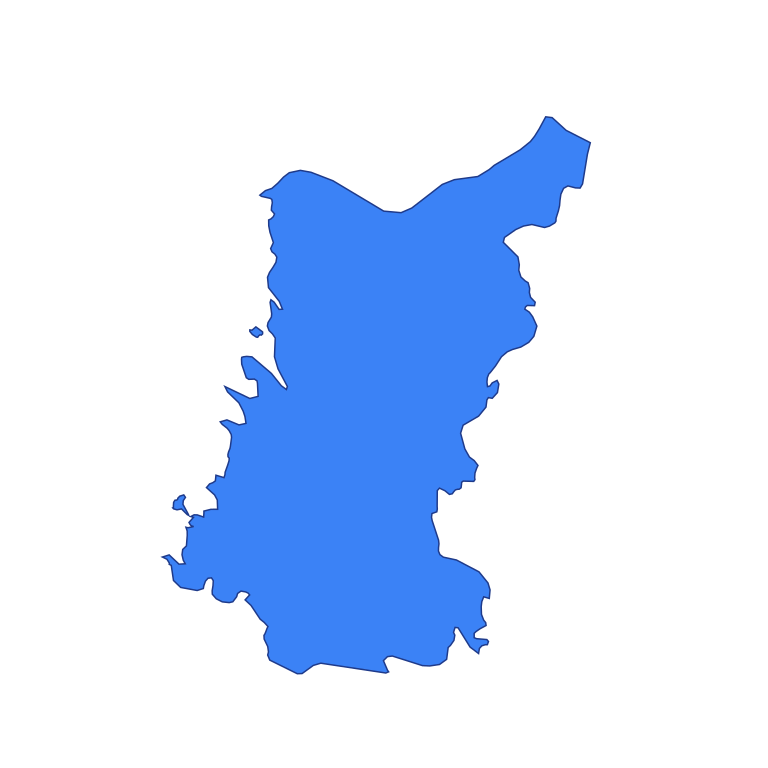 the Region of Satakunta, rotated 16°
{"feature_id": "FIN-3192", "entity_name": "Satakunta", "entity_type": "Region", "adm_level": 1, "iso_a3": "FIN", "parent_name": "Finland", "parent_adm1": "", "projection": "albers", "projection_center": [22.046, 61.595], "detail": "fine", "context": "isolated", "style": "filled", "palette": "blue", "viewbox_px": 768, "rotation_deg": 16, "n_neighbors": 0, "source": "natural_earth", "source_scale": "10m", "svg_char_len": 4451}
<svg xmlns="http://www.w3.org/2000/svg" viewBox="0 0 768 768"><g transform="rotate(16 384 384)"><path d="M227.2,616.5L227.1,615.4L223.7,612.3L218.7,611.4L224.6,607.5L236.6,613.7L242.5,611.6L239.6,608.7L236.9,603.8L236.1,598.5L238.7,594.1L236.6,583.8L235.3,579.5L233.1,576.3L235.2,576.2L240.3,573.5L238.8,573.5L237.4,573.2L236.0,572.2L234.7,570.8L237.6,564.7L234.8,564.7L237.5,562.1L240.6,561.3L247.3,561.6L246.4,557.4L245.9,555.8L252.1,552.2L258.6,550.3L255.7,541.4L251.7,537.3L241.9,532.5L243.9,528.1L246.7,526.0L248.6,523.6L247.6,518.0L256.0,518.1L256.1,514.9L255.6,512.6L256.1,504.9L256.2,500.6L255.7,498.0L254.1,496.9L253.4,494.8L253.3,492.2L253.7,488.3L253.5,486.1L252.2,477.4L251.1,474.7L248.0,471.5L245.3,469.7L239.6,467.4L237.0,465.5L242.9,461.8L255.9,463.3L262.2,459.9L259.3,453.6L256.1,448.9L249.7,442.1L235.8,434.7L231.8,430.3L259.0,434.9L266.4,430.6L262.2,418.3L261.1,416.0L258.1,415.0L252.7,416.8L249.9,415.9L241.8,404.2L240.2,399.5L239.9,397.6L241.2,396.7L244.4,395.3L249.6,394.3L272.9,404.9L285.8,414.0L291.7,416.2L291.8,413.0L278.0,398.7L271.2,388.0L266.8,369.8L263.0,366.6L258.8,364.3L255.9,360.4L255.6,356.9L257.3,350.7L256.7,347.5L252.0,336.9L252.1,334.2L255.8,335.6L262.6,341.2L265.8,340.1L260.5,333.4L246.4,323.2L242.6,313.5L243.2,308.3L245.1,302.5L246.6,296.8L246.0,291.6L243.3,289.2L239.9,287.8L237.7,285.1L238.7,278.6L232.6,269.6L229.6,263.7L227.9,258.1L229.8,256.5L231.5,253.6L231.9,250.7L227.8,248.0L227.1,244.6L226.7,240.6L225.3,237.5L223.5,236.9L214.4,237.4L212.6,236.7L216.7,230.8L222.3,226.9L226.6,220.2L230.4,212.8L234.7,207.0L244.7,201.7L255.5,200.6L278.9,202.7L336.1,217.9L353.2,214.6L362.2,207.2L385.0,176.1L395.3,168.2L417.0,158.7L426.0,148.9L429.7,143.4L450.4,121.3L457.9,110.6L460.5,104.3L462.9,95.9L465.8,82.6L472.2,81.6L489.2,90.0L515.8,95.2L516.2,107.0L519.7,136.9L518.5,141.6L514.0,142.7L506.2,142.9L502.7,146.4L501.7,152.8L502.5,158.6L503.6,164.1L503.9,169.5L503.7,177.2L504.4,180.1L503.8,182.0L499.5,186.6L495.2,189.3L482.2,189.9L474.6,193.7L468.1,199.2L459.4,209.9L459.6,214.9L477.7,224.9L481.2,232.1L482.2,237.5L486.1,243.4L491.5,246.1L494.6,246.9L497.7,252.0L498.5,256.0L501.0,260.3L506.8,263.7L507.1,267.2L500.1,269.0L498.8,270.8L498.7,273.2L503.9,274.9L508.4,278.4L515.0,286.2L514.9,296.9L511.7,304.0L505.3,310.8L498.0,315.4L493.6,319.1L489.4,325.4L486.2,335.9L482.9,343.9L482.0,345.4L481.6,349.4L482.4,353.7L484.2,358.0L486.4,356.7L487.7,353.1L491.7,349.4L494.4,352.4L495.4,361.0L492.0,367.9L488.1,368.3L487.3,370.9L488.4,378.1L483.8,388.8L471.4,401.8L471.2,410.2L479.6,424.1L486.3,430.7L491.9,432.8L496.8,436.4L496.3,439.4L496.0,444.5L496.9,448.8L497.8,450.9L497.1,452.9L486.9,455.5L485.7,457.1L485.9,458.1L486.1,458.8L486.7,462.5L485.3,464.4L483.6,465.0L481.8,466.1L480.7,468.4L479.9,470.7L477.3,472.1L472.0,469.8L466.0,468.8L464.6,471.8L468.8,486.9L469.7,489.5L470.0,492.3L465.8,495.3L466.4,499.0L468.0,502.1L479.5,519.1L480.9,522.5L481.5,526.2L482.4,529.6L484.8,532.6L488.8,534.1L502.1,533.2L527.1,538.4L538.8,546.6L542.7,552.7L544.3,561.1L538.5,561.1L538.0,566.2L538.8,571.2L541.2,578.6L544.9,583.5L547.5,585.3L548.7,588.0L543.8,592.8L540.7,596.6L539.4,598.8L540.6,603.0L543.2,603.3L553.3,601.3L555.4,602.7L555.2,606.1L553.2,606.7L550.2,608.7L548.6,611.9L549.2,617.0L539.3,613.2L522.4,597.9L519.4,598.4L519.3,603.6L521.3,605.9L521.9,611.2L519.9,617.0L518.3,619.6L520.1,631.4L514.7,638.3L505.7,642.4L498.6,644.1L467.0,643.2L462.5,645.1L459.7,650.1L466.2,658.1L467.8,659.4L465.4,661.3L400.2,669.8L393.6,674.0L385.1,684.9L380.5,686.4L350.3,680.9L346.9,676.6L346.8,673.4L344.6,668.4L339.1,662.2L337.9,658.7L338.4,657.1L338.7,654.5L338.9,651.5L339.3,649.1L334.6,646.2L329.8,644.2L317.2,633.5L310.0,629.8L312.5,624.7L313.0,623.8L310.9,622.4L308.3,622.0L303.6,622.5L301.0,625.7L301.0,629.1L298.7,635.0L295.5,636.8L288.6,638.0L282.0,636.7L276.9,633.4L275.8,630.1L275.2,625.0L274.1,620.1L271.6,617.9L268.4,619.2L266.7,622.7L266.4,627.6L266.7,630.4L261.3,634.0L244.6,635.6L235.8,630.9L229.5,617.0L227.2,616.5ZM230.5,561.8L232.0,563.4L232.5,564.1L230.9,563.8L223.8,559.9L219.7,562.0L216.2,562.0L215.1,561.3L215.4,561.1L215.7,561.1L215.2,559.4L214.4,555.7L215.1,553.3L216.6,552.8L217.4,551.8L217.3,550.6L218.6,548.1L222.1,545.8L224.4,547.7L223.2,551.4L223.9,555.1L230.5,561.8ZM252.5,367.2L253.0,367.5L253.5,369.3L252.6,370.8L251.1,371.0L250.3,372.2L249.7,373.9L248.3,374.1L243.8,372.7L240.5,370.4L240.1,369.0L242.3,368.6L245.1,364.4L252.5,367.2Z" fill="#3b82f6" stroke="#1e3a8a" stroke-width="1.5"/></g></svg>